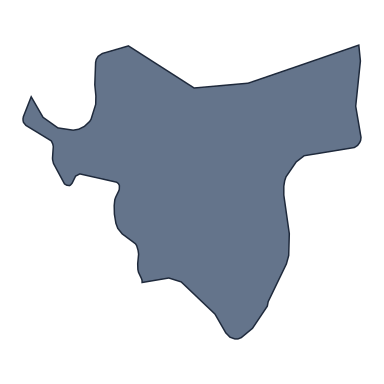 the border of Greenwich
{"feature_id": "GBR-2068", "entity_name": "Greenwich", "entity_type": "London Borough (royal)", "adm_level": 1, "iso_a3": "GBR", "parent_name": "United Kingdom", "parent_adm1": "", "projection": "orthographic", "projection_center": [0.032, 51.463], "detail": "fine", "context": "isolated", "style": "filled", "palette": "slate", "viewbox_px": 384, "rotation_deg": 0, "n_neighbors": 0, "source": "natural_earth", "source_scale": "10m", "svg_char_len": 1166}
<svg xmlns="http://www.w3.org/2000/svg" viewBox="0 0 384 384"><path d="M73.2,130.2L78.8,129.2L84.4,126.4L89.7,121.4L91.0,119.4L95.7,104.4L95.9,96.1L94.8,84.7L95.6,62.4L96.3,59.4L98.2,56.3L102.3,53.5L128.4,45.9L194.1,88.0L248.1,83.2L305.0,63.7L358.8,45.1L360.4,61.0L355.7,106.2L361.0,137.4L360.6,140.5L359.7,142.5L357.6,145.4L354.4,147.5L304.2,155.7L296.2,161.9L286.0,176.8L284.7,180.7L283.8,186.2L283.8,195.1L289.3,233.7L288.7,255.5L286.4,263.9L268.2,301.6L267.3,306.2L252.5,328.3L241.3,337.6L238.0,338.9L234.8,338.9L230.0,337.2L225.8,332.9L215.0,314.1L181.2,281.9L168.8,278.0L142.1,282.5L142.1,281.6L142.0,280.1L141.3,278.2L138.5,272.3L137.9,269.5L137.7,263.8L138.6,254.2L138.1,250.4L136.7,245.7L135.5,243.8L122.2,233.9L117.8,228.4L115.9,223.3L114.4,214.2L114.2,205.6L114.8,199.8L115.7,197.2L118.8,190.8L119.3,189.3L119.4,185.6L118.6,183.9L117.7,183.0L116.6,182.2L79.8,173.9L75.6,176.1L72.1,183.2L70.5,185.0L69.5,185.6L66.7,185.2L64.5,183.9L53.5,163.5L52.6,159.7L52.5,158.1L53.3,146.6L52.8,144.1L51.3,140.9L25.9,125.4L23.5,122.4L23.1,120.7L23.0,118.8L23.4,116.6L31.2,96.8L43.0,117.3L57.9,127.9L73.2,130.2Z" fill="#64748b" stroke="#1e293b" stroke-width="1.5"/></svg>